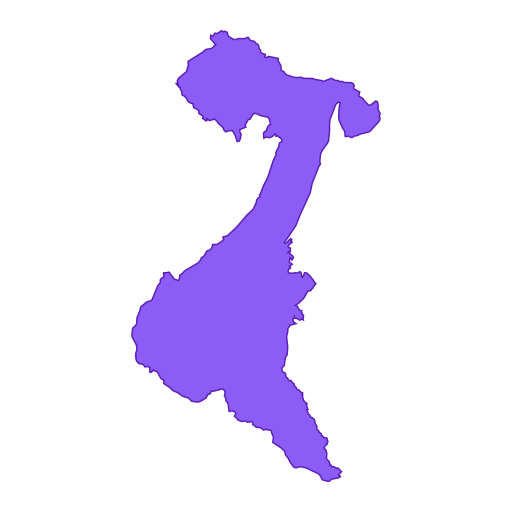 the district of San Luis, Tolima, Colombia
{"feature_id": "7082276B12035827893700", "entity_name": "San Luis", "entity_type": "district", "adm_level": 2, "iso_a3": "COL", "parent_name": "Colombia", "parent_adm1": "Tolima", "projection": "albers", "projection_center": [-75.105, 4.126], "detail": "fine", "context": "isolated", "style": "filled", "palette": "violet", "viewbox_px": 512, "rotation_deg": 0, "n_neighbors": 0, "source": "geoboundaries", "source_scale": "gbopen_adm2", "svg_char_len": 6038}
<svg xmlns="http://www.w3.org/2000/svg" viewBox="0 0 512 512"><path d="M176.1,83.5L179.0,87.1L180.4,87.5L180.2,89.4L181.7,91.2L182.0,94.8L184.4,96.2L186.4,98.3L188.0,101.5L190.4,103.0L193.3,103.9L193.2,105.8L193.9,107.8L196.8,108.9L199.0,111.1L198.7,112.7L199.3,113.8L203.1,116.2L202.7,118.6L204.3,119.5L205.7,120.9L206.8,120.5L206.5,118.6L209.5,120.5L214.8,119.1L217.7,122.1L218.1,123.3L223.2,127.6L223.4,129.2L225.4,131.8L229.6,130.7L232.4,130.6L235.1,135.1L237.2,141.6L239.3,141.1L240.4,138.5L241.1,134.1L239.7,131.5L239.9,129.6L245.9,127.1L245.0,125.2L248.3,119.6L250.2,119.1L252.7,114.6L254.8,113.2L258.0,114.2L259.9,115.4L267.2,117.1L269.0,118.2L270.6,124.4L269.4,124.7L267.6,126.8L266.1,131.2L264.6,131.6L263.5,133.1L263.8,138.2L266.0,137.1L269.6,137.7L272.6,136.3L274.9,134.1L275.7,134.0L275.9,136.3L277.5,135.7L281.6,139.2L282.1,141.2L279.4,143.0L278.7,146.7L275.9,152.4L276.1,154.9L273.5,159.8L267.9,176.9L263.2,186.4L260.3,194.1L259.4,194.9L260.1,196.9L258.2,197.8L256.7,199.9L256.1,203.1L253.0,209.4L246.8,215.2L236.4,227.4L227.3,235.8L223.1,236.9L222.9,237.4L223.8,239.4L221.2,241.8L216.8,244.4L212.6,244.5L212.2,247.0L211.3,248.5L209.4,250.4L207.4,250.6L206.7,251.3L203.9,256.1L201.5,257.8L199.6,261.4L197.9,263.0L184.9,270.7L182.0,273.7L180.2,274.8L179.6,275.9L179.7,277.5L178.5,280.5L174.9,279.4L173.3,278.1L172.4,276.3L170.1,273.9L169.6,272.5L168.3,272.1L166.9,272.8L163.8,272.7L163.4,273.4L163.9,274.9L163.8,277.2L161.8,278.0L160.4,279.5L160.2,282.8L157.8,285.7L152.1,299.6L151.1,300.6L146.6,302.0L140.9,306.8L139.3,312.2L137.0,317.8L136.6,323.8L135.4,325.8L132.7,328.1L131.9,334.7L132.2,337.0L136.4,345.0L137.0,349.6L135.7,353.5L135.9,355.2L135.4,356.2L136.3,357.2L135.8,358.5L136.7,361.2L139.3,363.9L140.4,363.5L143.5,364.8L145.1,367.0L147.2,366.4L149.6,367.4L150.0,367.9L149.6,371.2L150.2,372.4L151.6,372.1L153.2,369.9L154.3,370.8L157.0,371.5L160.6,378.0L161.7,379.2L164.0,380.3L163.7,383.0L164.1,383.8L169.2,387.1L173.1,390.7L177.2,392.4L182.5,396.1L188.4,398.1L191.8,401.3L198.0,402.1L200.7,401.2L206.2,397.8L208.0,394.1L209.3,394.3L210.7,393.1L211.2,390.7L213.2,391.3L222.7,388.8L224.8,390.9L225.1,392.6L224.4,395.8L225.9,398.6L225.9,400.8L228.0,403.4L229.1,411.3L229.7,411.6L231.2,410.7L234.4,411.6L235.4,412.4L235.7,414.1L234.6,415.4L234.5,416.5L236.9,418.2L237.6,419.8L238.8,420.4L241.7,421.5L245.4,420.9L247.9,422.4L249.7,421.7L251.5,421.6L253.0,423.0L252.7,424.6L254.5,425.5L255.7,427.0L260.8,427.9L263.6,430.1L266.0,429.2L267.4,429.9L270.8,430.2L271.4,430.9L271.5,432.4L273.4,437.1L272.8,442.4L280.7,447.6L284.5,451.0L285.7,455.3L287.9,457.8L290.0,461.9L293.5,466.9L295.9,467.9L299.4,466.8L301.2,466.8L306.1,467.9L318.5,473.8L319.6,474.8L322.4,479.8L328.0,481.3L329.7,481.0L331.4,479.2L338.4,477.9L340.4,476.7L340.1,475.9L338.8,475.2L338.7,474.4L341.6,471.7L337.8,467.9L336.5,468.3L333.6,466.5L331.9,466.8L330.9,465.0L330.0,465.4L329.4,461.8L326.4,458.7L326.8,453.2L325.9,450.0L323.9,447.8L325.9,445.1L327.3,444.2L326.8,443.3L328.0,441.6L327.0,439.9L327.3,438.7L326.5,437.9L323.5,437.5L323.1,436.5L321.4,435.3L321.2,433.6L318.9,432.1L318.7,430.7L317.3,429.9L316.7,428.9L316.9,426.3L315.1,423.4L314.9,421.1L314.0,419.1L312.1,417.6L310.8,417.2L309.7,415.1L308.0,413.6L308.1,412.6L306.6,410.6L306.8,409.9L308.0,409.6L306.2,404.4L307.1,403.9L304.0,401.0L303.4,399.8L302.3,395.9L302.7,395.4L302.2,394.6L302.7,394.0L302.5,392.6L301.4,392.7L299.1,390.1L296.7,389.1L296.1,387.4L293.8,385.1L294.1,383.8L292.4,382.6L290.9,380.4L289.4,380.8L287.9,379.3L287.8,378.1L286.5,377.7L285.8,376.2L285.5,373.4L283.5,372.4L281.7,370.3L282.2,367.6L284.3,365.4L285.3,357.8L287.2,354.6L287.7,346.6L286.6,337.0L287.8,331.3L287.7,329.0L290.0,325.3L296.0,323.6L293.5,322.0L292.9,318.7L294.2,318.2L294.4,316.7L295.3,318.3L297.6,318.7L299.0,319.9L300.0,320.1L301.7,319.0L303.3,319.9L302.9,318.3L303.4,317.7L303.5,315.3L302.1,314.3L302.4,313.4L301.3,312.2L301.8,310.8L299.5,310.2L297.4,306.5L295.3,305.3L298.6,303.3L303.7,298.3L308.1,290.7L310.3,290.9L311.2,290.1L311.9,288.8L313.1,287.9L313.5,286.3L314.5,285.6L314.7,284.5L315.6,284.3L315.8,283.2L314.9,282.9L313.4,280.3L308.9,274.8L306.4,272.8L304.5,272.8L303.5,275.9L302.5,277.3L301.8,276.9L301.2,273.0L299.7,271.6L297.4,273.2L295.0,272.6L293.2,273.3L288.6,273.0L288.1,271.3L288.7,269.2L290.5,268.2L290.5,267.3L289.3,266.3L292.3,264.2L289.3,262.2L290.0,257.6L290.6,257.6L291.9,260.0L293.5,257.8L293.0,256.3L290.4,254.2L289.8,253.0L287.8,252.7L288.4,251.9L289.9,251.9L290.5,251.4L289.8,250.1L290.4,249.3L290.5,248.1L288.2,247.0L288.0,246.3L290.1,243.6L292.1,242.4L291.9,241.9L290.6,241.7L290.8,240.8L291.8,240.1L291.5,239.0L290.2,238.8L286.5,242.9L285.0,243.1L284.3,242.7L295.8,225.7L300.3,214.4L310.2,192.8L312.2,183.2L319.3,165.4L320.4,164.4L319.8,161.2L320.6,153.7L322.7,149.7L327.1,143.7L328.5,141.1L329.6,130.3L329.5,124.0L330.1,119.4L335.7,104.5L338.3,102.2L340.1,102.6L339.0,109.2L338.7,117.9L339.2,120.4L342.6,128.1L344.8,131.5L345.1,136.2L345.6,136.7L348.1,136.1L350.0,136.7L350.9,137.6L351.9,137.6L354.5,136.0L357.4,135.6L359.9,134.2L369.7,131.6L378.9,121.5L379.9,119.8L380.0,117.9L379.4,117.5L379.4,116.6L380.1,113.6L378.0,109.2L378.2,106.0L377.5,101.9L375.8,101.0L370.4,105.2L368.3,104.9L363.9,100.2L363.1,98.7L358.7,96.0L359.7,92.0L354.2,89.1L353.6,87.9L354.3,85.6L353.3,83.8L351.6,82.6L345.2,82.6L341.0,81.3L339.7,81.7L338.0,80.5L335.5,80.5L331.5,78.3L323.1,81.5L322.0,80.6L314.3,79.3L313.0,78.5L303.5,78.3L300.9,77.2L297.0,77.6L293.4,77.1L286.8,74.9L285.2,73.8L284.2,71.9L281.1,70.2L280.9,65.6L278.2,60.9L278.2,58.4L268.6,56.4L266.3,57.5L264.8,57.2L264.5,56.2L265.4,55.2L265.4,54.5L260.9,52.7L260.4,50.0L259.3,48.8L258.5,45.4L257.3,43.9L256.0,43.5L254.6,41.5L250.4,40.4L248.0,37.2L244.5,38.7L238.6,38.5L236.1,39.5L233.6,39.4L228.5,36.3L227.8,35.2L227.3,32.3L224.6,31.2L222.9,31.8L221.4,30.7L217.4,33.5L215.0,33.2L212.7,36.2L210.7,35.3L210.5,38.8L215.8,44.7L214.3,45.5L213.5,47.0L211.0,48.7L206.8,49.2L205.1,50.0L202.7,52.2L188.1,61.4L188.3,65.1L186.5,71.6L178.6,78.2L177.2,81.1L178.3,84.0L177.2,83.3L176.1,83.5Z" fill="#8b5cf6" stroke="#5b21b6" stroke-width="1.5"/></svg>